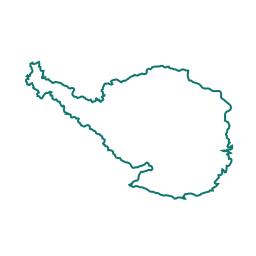 Lagamar, Minas Gerais, Brazil (Robinson projection), rotated 276°
{"feature_id": "56859067B50516216236551", "entity_name": "Lagamar", "entity_type": "district", "adm_level": 2, "iso_a3": "BRA", "parent_name": "Brazil", "parent_adm1": "Minas Gerais", "projection": "robinson", "projection_center": [-46.726, -18.028], "detail": "fine", "context": "isolated", "style": "outline", "palette": "teal", "viewbox_px": 256, "rotation_deg": 276, "n_neighbors": 0, "source": "geoboundaries", "source_scale": "gbopen_adm2", "svg_char_len": 5853}
<svg xmlns="http://www.w3.org/2000/svg" viewBox="0 0 256 256"><g transform="rotate(276 128 128)"><path d="M72.7,213.5L73.2,215.3L74.6,216.1L74.5,217.5L74.7,218.9L76.9,218.2L79.0,221.4L79.9,222.2L81.7,223.4L81.7,221.2L82.2,220.1L83.2,219.8L86.4,222.1L87.3,222.9L88.5,223.6L90.4,222.8L90.9,224.8L91.6,226.0L92.8,226.3L94.4,226.3L95.5,226.0L96.8,226.1L96.0,227.5L94.0,229.0L94.5,230.1L97.9,230.3L100.7,230.1L100.7,231.4L101.1,232.5L103.6,233.7L105.8,234.4L107.6,234.1L108.3,233.0L107.9,231.6L110.4,231.2L111.6,230.4L112.2,229.3L113.0,229.9L113.4,231.4L113.9,232.6L114.5,231.4L115.1,229.6L115.5,227.5L116.6,228.7L116.9,229.9L117.2,231.6L117.8,233.1L118.9,233.7L119.9,233.6L121.2,233.3L120.6,232.4L119.5,231.6L119.3,229.7L120.4,228.8L121.7,229.3L123.9,230.7L124.5,229.7L127.1,229.7L127.8,228.9L128.2,227.7L129.2,227.2L130.4,227.2L131.3,226.3L132.4,226.0L133.4,226.6L135.2,227.1L136.4,227.0L137.5,227.5L138.2,228.4L141.3,228.7L142.4,227.9L144.4,226.8L144.8,224.8L145.5,223.6L146.9,223.7L150.6,223.1L152.6,223.3L153.8,223.8L154.8,224.9L155.9,226.8L157.0,227.8L158.3,228.3L160.2,228.0L161.3,227.2L162.3,226.0L163.9,223.5L166.1,220.5L167.5,217.9L168.7,217.2L171.2,217.2L172.7,216.7L173.8,216.0L174.3,215.0L174.2,213.6L173.7,210.7L173.7,208.1L175.6,204.7L175.7,202.8L175.4,201.4L175.3,200.2L175.5,198.8L176.1,197.5L178.5,195.0L179.2,193.7L179.9,190.8L180.5,187.7L181.6,186.2L181.8,185.2L181.6,184.0L183.6,182.8L186.9,181.8L191.3,181.9L191.4,180.8L191.4,179.2L191.9,178.0L192.0,176.6L191.7,175.3L191.0,174.5L190.2,173.0L190.1,171.8L190.7,170.8L191.2,169.1L191.2,167.4L191.7,165.9L191.8,164.0L192.2,162.7L193.3,162.2L192.8,160.1L192.0,158.7L192.5,157.4L193.2,156.5L193.4,155.5L193.2,154.1L192.5,153.0L192.5,151.9L192.1,150.9L192.0,148.7L191.7,147.5L190.9,145.6L189.6,145.2L188.8,143.9L189.1,142.4L188.4,141.5L187.6,140.7L186.6,140.4L185.8,141.0L184.9,140.7L183.6,140.0L183.2,138.1L183.6,136.3L182.7,134.8L182.5,133.6L181.5,132.8L181.1,131.3L181.2,129.8L181.6,128.8L180.6,128.2L179.9,126.6L179.1,125.3L176.8,122.9L176.1,121.8L175.2,121.1L174.7,120.2L174.5,118.8L173.8,117.4L172.8,116.7L173.8,114.3L174.6,113.0L175.0,111.7L174.9,110.2L174.2,109.1L173.9,107.8L173.4,106.9L172.5,106.2L171.5,107.1L170.1,107.9L169.5,107.1L169.5,105.6L170.3,103.7L169.9,102.0L169.6,100.5L168.8,99.9L167.9,99.5L166.7,99.3L165.4,98.8L164.0,98.9L163.2,98.1L162.1,97.8L161.0,99.2L158.9,99.8L158.3,101.2L157.3,100.8L156.9,99.2L156.0,98.7L155.1,99.8L153.9,100.5L152.8,99.9L152.5,98.6L151.1,98.1L151.9,96.9L153.1,96.1L152.5,95.3L153.3,94.5L154.1,93.4L153.2,93.0L152.2,93.2L151.2,92.6L150.8,91.2L149.9,89.8L151.2,88.7L152.4,87.9L151.5,86.8L151.5,85.5L152.1,84.6L152.6,82.7L153.7,81.9L153.7,80.6L154.5,79.9L154.3,78.0L153.3,76.8L153.0,75.5L152.5,74.6L153.3,73.6L153.6,72.6L153.6,71.1L154.8,69.7L155.8,69.1L156.9,69.1L159.9,70.3L161.2,70.2L161.9,69.2L162.0,67.8L161.3,66.8L161.3,65.7L161.8,64.4L163.0,63.2L163.4,61.8L163.4,60.2L164.4,58.8L164.6,57.8L165.5,57.2L165.9,55.0L166.2,51.7L165.9,50.2L165.0,49.3L165.2,47.8L166.0,47.1L166.5,45.8L167.3,44.6L168.1,44.1L168.0,43.0L167.5,41.9L168.2,40.8L169.8,40.4L168.5,37.6L169.4,37.1L170.3,37.3L171.3,38.3L172.4,37.7L173.6,37.9L174.9,37.8L175.9,38.0L175.6,36.6L176.1,35.3L177.6,34.6L179.5,34.5L179.8,32.9L181.4,33.2L183.1,33.0L184.4,32.5L183.9,31.6L183.2,30.6L182.5,29.9L181.7,27.1L183.0,26.1L182.3,25.3L181.7,24.2L180.6,24.4L179.5,24.3L178.3,25.5L175.4,26.8L174.4,27.1L173.0,26.4L172.0,25.4L170.8,24.9L169.7,25.1L169.1,23.4L169.9,22.6L168.7,21.9L168.1,22.9L167.2,23.6L166.2,23.8L166.1,22.6L165.2,21.6L163.7,21.7L162.8,22.8L161.1,23.1L160.4,24.4L160.5,25.7L161.4,26.0L162.0,26.8L162.5,28.0L161.3,28.5L158.9,30.0L158.1,29.5L157.3,30.4L155.9,34.4L154.9,34.9L154.0,35.7L153.2,34.6L152.0,34.1L151.2,34.7L150.3,34.7L150.3,36.1L149.3,37.3L148.5,38.0L148.4,39.2L152.5,41.3L153.6,42.1L154.5,43.0L154.3,44.2L154.9,45.5L156.0,46.5L155.5,48.1L154.3,47.2L153.2,47.3L152.2,47.7L152.3,49.3L150.9,49.6L149.4,49.7L148.5,51.2L148.4,52.5L149.0,53.6L148.3,54.5L147.3,55.0L146.8,56.0L147.0,57.4L145.8,57.6L143.2,59.4L142.6,60.5L143.4,61.3L142.9,62.2L141.2,62.5L139.7,62.2L138.6,62.5L137.2,63.2L136.8,64.9L136.2,66.4L135.6,65.6L135.6,68.5L135.2,69.6L133.7,69.8L132.7,70.2L132.6,71.6L133.2,72.7L133.2,74.4L132.0,75.5L132.4,76.7L131.9,78.1L130.2,77.5L128.7,77.9L128.2,79.4L127.3,79.7L126.8,80.7L125.8,81.0L124.8,84.2L125.4,85.0L126.8,87.6L126.3,89.0L125.5,89.8L123.1,90.2L123.1,91.7L121.7,94.2L121.5,95.4L120.5,96.3L119.5,96.9L118.9,98.1L118.9,99.6L118.7,100.6L117.8,101.1L117.5,102.5L116.3,103.4L115.1,103.5L114.7,104.7L113.7,106.1L112.4,106.1L111.4,105.9L110.1,104.8L109.0,105.4L108.9,106.6L107.7,107.3L107.4,109.1L106.3,110.4L104.9,110.4L103.8,110.7L104.2,112.2L103.5,115.0L102.3,115.8L101.3,115.8L100.6,116.6L100.1,117.7L99.2,118.0L98.4,118.5L97.4,119.4L97.0,121.2L97.3,123.1L95.3,124.8L93.9,128.4L93.5,129.8L93.7,130.9L92.9,133.3L92.0,134.3L90.7,135.1L89.6,136.0L88.8,137.3L89.4,138.9L89.8,140.2L89.9,141.8L90.7,142.9L91.4,144.0L91.6,145.2L92.9,147.1L93.3,148.3L95.1,149.5L95.6,150.6L95.0,151.9L92.7,152.9L92.8,154.4L92.2,155.5L91.2,156.1L90.3,156.5L89.2,156.3L88.3,155.4L88.6,154.1L88.3,152.4L87.3,150.8L86.8,149.3L86.1,148.1L85.7,145.5L82.1,143.8L78.8,143.6L77.5,143.4L76.7,142.7L76.4,141.3L75.8,139.9L75.0,138.9L74.1,138.0L72.7,137.7L72.3,136.4L71.6,135.3L70.8,136.3L70.6,137.7L69.9,139.3L70.2,140.5L71.1,141.7L71.2,143.3L70.4,145.6L70.4,148.9L69.9,150.2L69.3,152.8L67.1,156.6L67.1,159.9L66.2,162.8L66.4,164.3L65.9,165.8L65.2,166.9L64.6,169.8L64.6,171.4L65.1,172.4L65.0,174.7L64.7,178.1L64.2,179.5L63.4,180.8L62.6,181.6L62.9,183.1L63.8,184.2L64.2,185.4L64.3,186.7L64.2,189.0L63.6,190.5L63.6,192.1L64.6,191.4L65.5,190.2L68.3,191.9L68.5,193.8L69.1,195.0L69.4,197.7L69.1,199.5L68.6,200.9L68.0,201.9L67.8,203.5L68.1,204.6L68.9,206.6L70.1,207.5L72.7,213.5ZM115.5,227.5L114.8,226.0L115.3,224.6L115.7,226.0L115.5,227.5Z" fill="none" stroke="#0f766e" stroke-width="2"/></g></svg>